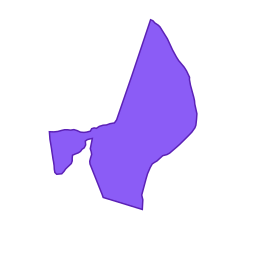 Sampaio, Tocantins, Brazil, rotated 54°
{"feature_id": "56859067B23367383514430", "entity_name": "Sampaio", "entity_type": "district", "adm_level": 2, "iso_a3": "BRA", "parent_name": "Brazil", "parent_adm1": "Tocantins", "projection": "mercator", "projection_center": [-47.925, -5.341], "detail": "fine", "context": "isolated", "style": "filled", "palette": "violet", "viewbox_px": 256, "rotation_deg": 54, "n_neighbors": 0, "source": "geoboundaries", "source_scale": "gbopen_adm2", "svg_char_len": 1360}
<svg xmlns="http://www.w3.org/2000/svg" viewBox="0 0 256 256"><g transform="rotate(54 128 128)"><path d="M202.3,164.3L200.2,162.6L194.8,158.2L190.3,156.3L179.9,143.5L176.5,139.1L173.0,133.2L171.3,129.5L171.4,126.9L171.7,124.0L170.8,116.2L172.4,112.1L172.8,109.1L172.0,99.6L171.6,95.7L170.8,90.3L169.9,84.6L168.9,78.9L167.2,73.8L165.6,71.4L161.2,67.4L157.0,63.9L147.9,59.9L145.1,58.2L141.7,56.7L130.1,52.3L124.9,49.8L123.1,48.4L116.3,47.1L111.8,46.8L103.2,47.4L98.8,47.1L91.1,46.1L78.9,43.7L64.9,42.7L62.6,43.1L58.9,44.5L55.9,44.8L53.7,46.1L88.0,94.2L114.7,132.4L115.9,136.0L113.9,140.1L112.9,143.6L111.1,146.5L109.8,150.3L109.7,153.7L108.0,155.4L107.2,157.8L108.4,160.3L107.0,163.9L105.7,166.2L103.4,168.9L100.3,170.6L97.5,172.7L96.0,175.7L94.1,177.7L92.2,180.2L90.9,183.2L89.6,186.7L87.6,190.2L84.8,193.8L91.3,197.8L99.7,202.0L102.5,203.5L105.8,205.2L109.0,206.9L111.4,208.0L115.0,209.9L118.1,211.9L121.0,213.3L123.5,212.9L124.8,210.7L126.1,208.5L125.5,205.4L124.5,202.6L124.1,199.9L123.8,197.5L123.4,194.7L121.8,192.4L119.9,191.1L117.4,188.9L118.1,185.7L118.9,182.8L119.0,180.2L118.2,177.7L118.3,175.1L116.8,172.2L113.5,170.2L113.5,167.7L114.4,165.4L115.5,163.0L118.1,165.8L120.3,168.2L122.6,170.7L125.6,171.7L128.1,173.0L129.9,175.5L132.4,178.5L134.8,179.9L167.0,188.1L169.6,188.9L202.3,164.3Z" fill="#8b5cf6" stroke="#5b21b6" stroke-width="1.5"/></g></svg>